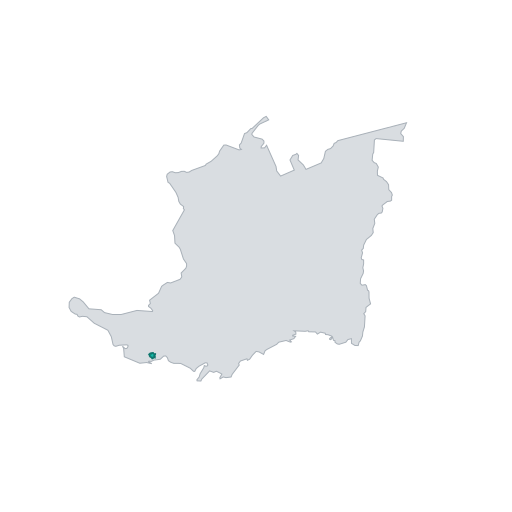 location of Maria La Baja, Bolívar, Colombia, rotated 246°
{"feature_id": "7082276B12407148553897", "entity_name": "Maria La Baja", "entity_type": "district", "adm_level": 2, "iso_a3": "COL", "parent_name": "Colombia", "parent_adm1": "Bolívar", "projection": "robinson", "projection_center": [-75.303, 9.961], "detail": "fine", "context": "in_parent", "style": "filled", "palette": "teal", "viewbox_px": 512, "rotation_deg": 246, "n_neighbors": 0, "source": "geoboundaries", "source_scale": "gbopen_adm2", "svg_char_len": 5426}
<svg xmlns="http://www.w3.org/2000/svg" viewBox="0 0 512 512"><g transform="rotate(246 256 256)"><path d="M288.6,77.4L284.3,79.5L275.7,81.9L269.9,92.7L265.9,94.6L261.0,101.0L257.4,109.0L254.7,125.1L247.4,138.8L248.0,139.4L250.9,138.8L253.6,137.3L254.6,137.7L255.6,140.2L258.9,140.8L261.6,151.8L266.7,157.5L267.2,159.7L267.9,164.3L266.1,167.0L265.6,177.2L267.1,179.7L270.9,180.7L273.4,187.0L275.0,188.5L277.3,189.5L282.8,188.5L292.8,189.6L295.1,189.4L300.7,187.2L307.8,189.9L313.1,190.3L327.3,209.4L328.8,208.9L330.6,210.0L334.2,208.0L337.3,207.7L341.3,208.7L346.7,208.7L357.5,206.7L359.1,205.6L365.0,206.7L366.8,208.1L367.7,211.7L367.0,213.9L364.9,216.1L363.8,218.9L363.6,222.4L362.5,225.0L360.6,226.6L359.9,229.0L360.3,232.2L359.3,246.6L360.2,247.8L360.8,253.7L363.3,261.4L364.5,263.6L366.6,265.4L370.4,271.7L369.6,273.8L359.8,283.7L359.3,286.0L361.2,285.1L364.2,286.0L365.2,288.4L372.5,295.3L372.4,297.9L374.5,303.1L374.1,304.3L379.2,319.0L379.4,322.1L375.2,323.0L375.0,313.1L374.4,311.1L369.7,302.3L368.7,301.6L365.5,302.6L360.3,309.1L357.8,310.0L355.8,309.1L353.9,305.3L352.6,304.6L351.3,307.8L352.9,310.7L329.7,310.7L325.2,309.5L319.0,311.0L318.9,325.9L329.9,326.1L332.9,330.4L332.7,333.9L333.1,335.1L330.5,335.8L326.7,333.5L319.9,336.3L314.8,336.9L314.5,353.4L317.5,357.6L323.4,362.0L324.2,365.0L323.8,367.8L325.2,371.3L327.1,373.2L327.1,375.4L328.1,377.7L316.5,447.7L312.4,443.4L311.0,439.5L309.0,438.0L305.1,439.2L300.9,437.2L314.4,413.5L313.9,411.4L302.7,405.6L301.6,404.1L296.2,401.0L293.3,401.9L291.6,403.5L287.5,403.9L284.2,401.4L280.3,399.8L275.6,403.8L274.2,403.7L270.8,405.5L267.2,406.1L262.6,404.3L258.8,405.6L256.2,405.3L255.2,404.1L251.8,402.6L251.5,401.0L252.4,398.1L251.0,392.3L250.4,391.4L247.9,391.3L244.9,389.2L244.3,387.9L245.0,385.6L244.4,383.6L241.5,379.0L237.5,377.8L233.6,373.9L229.7,372.6L227.9,369.8L226.2,363.6L222.2,358.8L219.3,357.1L218.4,354.9L215.5,354.6L211.6,351.4L209.8,351.2L208.6,352.7L205.0,351.1L201.8,348.8L198.6,348.2L196.5,346.8L192.7,342.3L188.6,340.1L186.2,340.9L185.4,344.2L184.0,344.8L179.3,344.0L178.5,344.7L177.2,344.6L171.4,342.1L165.7,341.2L164.3,335.6L160.6,333.6L159.5,331.0L156.9,331.3L147.1,326.2L143.1,322.7L139.6,320.7L136.0,316.8L135.4,315.2L132.6,312.9L134.0,310.0L137.4,307.7L141.7,309.5L142.3,306.0L140.7,303.0L141.5,296.1L142.6,294.5L145.0,293.1L146.5,293.7L147.5,292.5L151.0,293.0L152.1,292.5L154.8,289.8L156.0,287.6L157.3,287.8L160.2,284.0L159.7,280.3L162.4,279.5L165.3,273.4L166.5,273.2L167.2,270.3L172.2,260.3L170.4,261.4L168.4,260.7L168.7,257.3L168.1,256.9L166.5,259.5L165.1,256.9L165.5,252.6L163.2,253.4L163.3,252.4L166.6,249.1L168.0,241.7L166.9,239.0L166.2,227.8L165.7,225.7L163.0,222.9L167.2,219.7L168.8,217.3L166.8,212.4L164.3,208.2L164.2,205.7L165.8,205.9L166.4,199.0L164.9,196.4L163.2,196.3L157.6,186.1L155.6,184.0L157.1,179.1L158.8,176.9L158.4,173.2L159.5,173.4L162.0,176.8L162.9,176.2L166.8,173.0L166.9,170.0L169.9,166.9L165.6,156.4L164.2,154.8L165.9,151.4L166.9,151.6L168.6,154.9L171.2,157.1L175.2,162.9L176.9,164.2L175.6,165.5L175.4,166.9L176.0,167.7L178.2,167.8L179.1,166.2L178.5,159.1L177.5,155.6L175.5,153.1L176.1,152.0L180.2,150.3L188.5,143.5L191.4,137.2L193.6,134.9L196.0,133.4L199.1,133.7L201.4,132.9L202.1,130.9L200.6,126.5L202.4,120.4L202.3,117.4L203.5,115.5L203.1,114.8L200.0,117.0L203.2,112.7L205.3,106.2L217.5,94.7L225.4,97.5L227.9,97.3L224.6,98.8L224.1,100.4L225.3,102.2L226.5,102.7L227.5,101.6L230.1,94.8L230.5,91.2L231.6,89.9L233.3,89.4L241.1,91.0L248.4,90.5L260.3,80.9L269.3,76.8L271.5,72.9L272.1,69.9L273.7,68.8L275.5,68.8L276.5,67.2L280.6,64.6L285.0,64.3L289.7,66.6L291.9,70.5L292.3,73.2L288.6,77.4ZM151.2,291.8L150.6,292.3L149.6,291.4L149.2,290.2L149.8,289.4L150.7,289.7L151.2,291.8Z" fill="#d9dde1" stroke="#a8b0b8" stroke-width="1"/><path d="M204.5,119.4L204.5,119.5L204.7,119.8L204.6,120.0L204.8,120.2L204.8,120.3L204.7,120.4L204.7,120.5L204.6,120.8L204.8,120.9L204.9,121.0L205.0,121.2L204.9,121.2L204.9,121.3L204.8,121.5L204.7,121.7L204.7,121.8L204.8,121.9L204.9,122.0L204.8,121.9L204.7,121.9L204.6,122.0L204.8,122.0L204.7,122.1L204.8,122.2L204.8,122.3L205.0,122.4L204.9,122.5L204.9,122.8L205.0,122.8L205.0,122.7L205.3,122.7L205.2,122.6L205.3,122.4L205.4,122.2L205.5,122.3L205.6,122.5L205.9,122.7L206.3,122.7L206.3,122.8L205.9,122.8L206.0,122.9L206.4,123.0L206.5,123.1L206.4,123.2L206.5,123.3L206.6,123.2L206.6,123.4L206.7,123.5L206.9,123.8L207.0,123.8L207.1,124.0L207.3,124.1L207.5,124.2L207.6,123.9L207.6,123.7L207.8,123.3L207.8,123.2L208.0,122.9L208.3,122.8L208.5,122.8L208.7,122.7L208.8,122.7L209.0,122.7L209.3,122.6L209.5,122.6L209.6,122.4L209.6,122.2L209.4,122.1L209.2,122.1L209.3,122.0L209.3,121.9L209.4,121.7L209.5,121.6L209.6,121.4L209.7,121.2L209.8,121.1L209.7,121.0L209.8,121.0L209.8,120.9L209.9,120.7L210.0,120.7L210.1,120.4L210.1,120.2L209.9,120.0L209.9,119.9L210.0,119.9L210.0,119.7L210.1,119.4L209.9,119.2L209.7,119.1L209.8,119.0L209.8,118.9L209.7,118.9L209.8,118.8L209.8,118.7L209.7,118.5L209.5,118.8L209.4,118.7L209.2,118.7L208.9,118.5L208.8,118.4L208.7,118.4L208.7,118.5L208.7,118.4L208.4,118.4L208.3,118.2L208.2,118.1L207.9,118.2L207.7,118.2L207.6,118.3L207.5,118.2L207.3,118.2L207.2,118.3L207.3,118.3L207.3,118.2L207.2,118.2L207.0,118.3L206.7,118.6L206.4,118.7L206.3,118.8L206.2,118.9L206.1,119.1L206.1,119.3L206.0,119.5L205.9,119.6L205.7,119.6L205.6,119.8L205.4,119.8L205.4,119.7L205.2,119.5L205.1,119.4L204.9,119.4L204.7,119.3L204.5,119.4Z" fill="#14b8a6" stroke="#0f766e" stroke-width="1.5"/></g></svg>